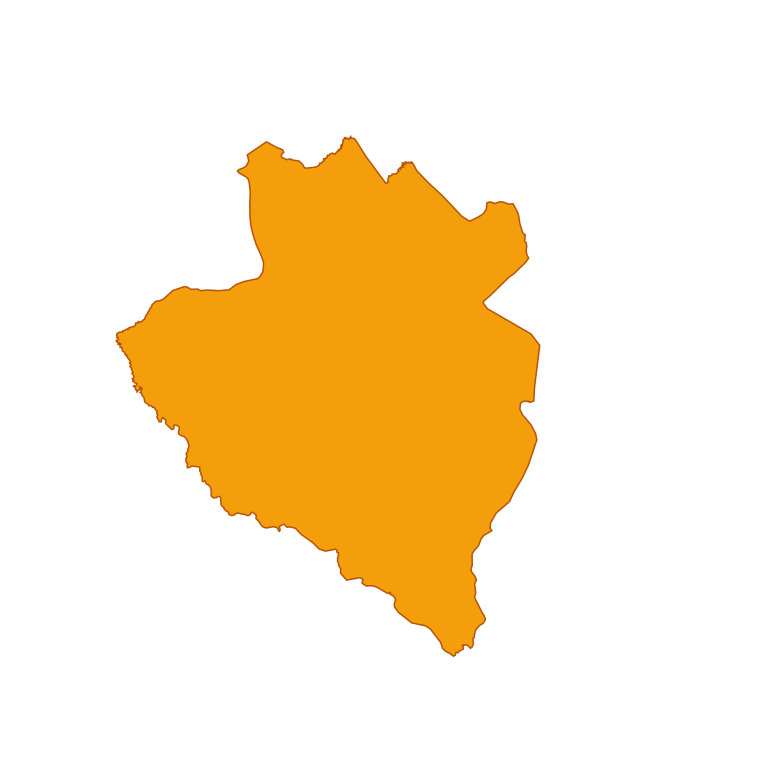 the district of Pangi, Maniema, Democratic Republic of the Congo, rotated 145°
{"feature_id": "63176286B98681964412172", "entity_name": "Pangi", "entity_type": "district", "adm_level": 2, "iso_a3": "COD", "parent_name": "Democratic Republic of the Congo", "parent_adm1": "Maniema", "projection": "orthographic", "projection_center": [26.781, -3.132], "detail": "fine", "context": "isolated", "style": "filled", "palette": "amber", "viewbox_px": 768, "rotation_deg": 145, "n_neighbors": 0, "source": "geoboundaries", "source_scale": "gbopen_adm2", "svg_char_len": 6171}
<svg xmlns="http://www.w3.org/2000/svg" viewBox="0 0 768 768"><g transform="rotate(145 384 384)"><path d="M420.7,170.4L419.7,174.5L420.0,180.0L418.9,182.5L415.8,184.8L409.3,194.2L405.8,195.8L399.7,197.2L393.1,201.5L389.1,202.7L379.8,202.0L379.8,204.9L376.4,209.0L366.2,213.9L348.7,215.7L339.3,221.1L324.4,227.8L312.0,234.9L290.9,250.5L288.2,256.6L287.0,266.4L288.2,279.5L287.2,285.4L283.3,289.8L280.5,290.1L277.8,288.9L277.5,288.0L275.5,286.9L275.5,286.0L274.9,285.3L271.1,284.1L262.3,295.3L234.3,326.3L234.9,340.7L256.2,386.5L256.2,393.5L254.8,394.6L245.2,395.7L220.2,399.8L214.3,399.8L197.9,402.5L193.2,404.3L192.9,407.7L191.5,410.9L191.0,412.0L188.2,414.7L186.4,418.3L186.9,419.2L186.8,420.4L182.7,425.1L183.3,426.0L183.5,428.8L180.8,437.2L177.1,444.9L176.0,448.5L174.9,457.6L178.8,459.9L181.7,464.3L184.7,467.0L189.2,468.0L192.7,472.4L195.6,473.4L199.9,468.5L205.1,466.5L211.0,466.7L220.7,468.4L224.1,476.9L228.2,505.0L232.2,523.0L234.8,540.0L233.8,548.3L234.0,549.9L234.3,550.1L234.3,549.4L234.9,549.4L236.4,550.5L236.3,551.1L237.0,551.8L238.4,551.9L238.9,552.7L238.7,553.2L239.2,553.6L239.4,552.5L240.3,551.8L240.8,551.9L240.6,552.7L241.6,554.4L242.1,554.5L241.8,552.9L242.6,552.6L243.0,553.3L243.6,553.1L243.5,552.7L243.0,552.7L242.9,551.8L244.1,552.0L243.9,550.7L245.9,551.9L246.8,551.9L246.6,551.0L247.1,550.5L247.2,551.3L249.2,551.7L249.9,550.9L249.9,549.6L251.0,549.9L253.3,549.1L257.1,551.3L257.7,550.6L259.4,550.6L260.5,551.7L263.6,549.3L264.4,547.0L265.5,547.5L266.7,546.7L267.4,547.3L268.3,580.9L267.3,601.0L268.1,602.7L270.0,604.4L269.4,605.7L272.5,604.7L273.3,606.7L274.7,606.9L274.4,608.2L275.0,608.4L275.9,607.7L276.6,607.8L277.7,606.8L278.3,606.8L278.8,605.7L280.1,604.5L280.8,604.1L281.2,604.5L281.6,604.3L281.8,602.8L282.3,602.8L282.7,603.6L283.1,602.5L283.7,602.6L283.8,601.5L284.2,601.3L284.6,601.9L286.4,601.3L286.4,602.0L286.8,602.1L287.5,600.9L288.4,601.3L292.4,600.5L293.9,602.8L296.5,603.3L298.3,603.0L299.1,603.8L301.2,602.1L301.7,602.5L302.9,602.0L304.1,603.2L304.5,603.0L304.5,602.1L305.1,601.2L306.8,601.5L308.4,600.6L309.7,601.7L312.4,600.4L315.7,600.9L322.8,604.8L325.1,606.5L324.7,610.9L325.9,615.7L330.1,619.5L331.8,622.3L334.8,623.4L337.7,627.9L337.6,629.4L335.5,631.1L333.2,631.3L332.8,634.0L336.7,640.2L341.3,649.8L364.6,650.1L366.9,644.1L372.3,641.5L377.3,642.0L379.9,642.9L381.9,642.5L381.7,640.1L378.4,633.1L377.7,630.2L378.5,627.1L383.5,617.8L390.8,608.3L398.1,597.5L402.2,590.0L405.3,582.5L408.7,571.6L410.9,560.0L412.9,552.8L415.7,549.0L419.3,545.1L424.7,543.0L427.1,542.8L440.1,548.3L447.8,550.3L457.1,550.1L466.1,555.4L475.0,562.4L480.3,565.4L481.6,567.1L481.9,568.4L487.8,572.3L489.9,576.8L492.1,578.4L503.4,581.7L515.8,580.1L520.0,580.9L523.6,582.7L528.9,581.8L530.4,580.3L531.5,580.5L535.2,578.4L536.3,578.4L537.4,577.2L539.4,576.9L543.2,574.3L544.2,574.6L546.3,574.2L548.5,574.6L549.1,575.9L549.7,576.0L550.4,575.2L552.4,576.4L553.9,574.8L555.9,574.5L558.9,575.8L559.4,575.6L559.9,576.2L562.0,576.3L562.1,575.6L564.2,576.7L565.8,576.6L567.7,577.4L568.6,576.4L570.9,578.2L573.3,578.5L574.6,578.0L575.1,577.3L574.9,576.1L575.6,575.4L576.2,575.5L576.4,575.2L575.3,574.4L576.0,572.8L576.5,572.6L578.2,573.3L578.7,572.6L577.8,572.0L578.5,571.4L578.1,569.7L579.1,569.0L578.4,568.6L577.3,569.3L576.7,567.7L578.0,567.2L579.1,565.5L577.7,564.0L578.9,562.5L579.1,561.2L579.2,560.1L578.3,559.0L578.4,557.6L579.1,557.1L579.1,556.2L578.8,555.4L578.0,554.9L578.7,554.4L578.9,552.9L578.9,547.2L580.4,547.2L580.1,545.0L580.5,545.1L582.2,543.9L581.4,541.6L582.6,541.0L582.8,537.7L584.1,537.5L584.5,537.0L584.0,536.0L584.7,533.5L585.4,532.8L587.3,532.7L586.7,530.7L588.1,530.6L587.4,527.6L586.3,526.7L586.2,525.6L587.7,524.9L588.6,525.1L589.4,526.0L590.6,525.9L589.8,523.8L590.7,521.7L590.2,521.1L590.8,519.1L588.6,519.8L587.0,519.4L585.9,521.8L585.2,521.2L585.2,519.9L584.7,519.4L585.4,518.4L586.5,518.2L587.7,516.6L588.5,516.8L588.0,515.5L588.7,513.4L588.4,510.4L589.9,507.5L590.2,505.8L588.7,502.4L589.0,500.9L586.9,499.5L587.0,497.6L585.8,496.7L585.7,494.7L586.0,493.9L585.4,492.0L586.8,490.7L587.2,488.6L589.0,487.3L589.8,481.9L588.6,480.9L587.7,481.2L585.9,483.2L584.2,483.2L584.3,481.9L583.5,480.2L584.0,478.5L585.3,477.3L585.5,476.2L584.0,468.8L583.0,467.9L581.9,467.9L580.5,469.4L580.1,470.5L579.3,470.6L577.9,469.7L576.4,466.9L576.9,465.2L579.5,463.1L580.8,461.0L580.0,458.6L578.1,455.9L577.4,453.5L577.6,448.9L578.4,448.1L578.8,445.8L579.8,444.5L582.7,442.5L583.5,441.3L585.9,440.6L587.0,437.6L589.2,436.3L590.6,434.1L590.9,433.4L590.6,431.1L591.8,430.4L593.1,428.3L591.5,427.3L588.4,426.9L582.6,421.8L585.0,417.9L584.7,416.4L586.1,414.6L586.0,413.1L586.9,411.0L588.3,409.5L588.4,408.2L587.6,407.4L586.5,407.5L586.2,407.1L586.8,404.2L586.6,403.2L585.8,402.6L585.3,399.6L586.1,396.7L589.7,391.5L589.0,388.3L588.0,388.3L586.9,387.1L584.1,387.0L583.0,385.6L583.1,384.5L586.7,378.6L586.7,376.8L586.2,375.2L586.6,372.6L585.9,370.0L584.9,368.3L585.8,366.7L585.8,365.7L583.7,363.2L580.8,362.6L578.8,362.7L577.6,362.1L574.2,358.1L573.2,357.5L571.6,355.0L570.2,353.9L568.3,353.7L566.6,355.1L565.2,354.0L563.9,349.9L566.1,347.2L565.3,342.6L565.6,339.7L565.2,336.2L565.1,336.7L563.9,334.5L562.3,333.2L557.3,331.0L555.6,329.8L553.8,326.9L554.6,324.3L554.2,323.4L552.9,323.9L551.3,327.4L546.5,326.7L545.5,322.2L543.1,321.0L539.3,316.6L538.0,307.9L533.3,294.8L531.8,286.1L527.8,280.6L518.3,276.4L517.9,275.3L519.0,273.2L518.0,271.9L519.1,271.0L519.5,269.8L521.9,268.0L523.4,266.0L524.0,264.7L523.9,263.4L525.2,261.5L525.6,257.2L528.1,253.9L527.1,244.8L514.8,239.2L513.2,236.1L516.2,233.5L514.6,229.0L509.5,225.6L506.8,222.4L501.1,210.4L500.6,210.0L498.5,209.8L498.6,208.9L499.6,208.2L497.8,204.8L498.0,200.8L501.5,198.2L503.3,195.3L503.1,188.4L498.3,172.4L488.7,162.1L486.5,156.6L485.8,139.7L487.7,134.0L486.9,129.7L484.4,125.0L483.3,121.2L481.1,121.0L479.0,122.8L477.3,121.3L476.1,122.0L471.0,121.4L469.9,123.0L469.8,125.0L469.4,125.2L468.4,124.1L466.6,123.5L465.4,121.7L464.7,117.9L462.4,118.1L459.5,120.2L457.5,124.1L455.6,124.5L453.0,127.4L449.7,130.0L444.4,131.4L439.8,131.1L436.5,132.6L435.6,133.5L434.8,137.4L434.9,139.4L432.3,157.1L428.5,160.5L424.5,168.3L420.7,170.4Z" fill="#f59e0b" stroke="#b45309" stroke-width="1.5"/></g></svg>